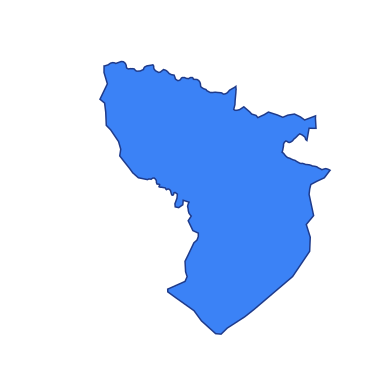 the district of Segou, Ségou, Mali, rotated 204°
{"feature_id": "8926073B86377774430631", "entity_name": "Segou", "entity_type": "district", "adm_level": 2, "iso_a3": "MLI", "parent_name": "Mali", "parent_adm1": "Ségou", "projection": "natural_earth1", "projection_center": [-5.995, 13.785], "detail": "fine", "context": "isolated", "style": "filled", "palette": "blue", "viewbox_px": 384, "rotation_deg": 204, "n_neighbors": 0, "source": "geoboundaries", "source_scale": "gbopen_adm2", "svg_char_len": 4177}
<svg xmlns="http://www.w3.org/2000/svg" viewBox="0 0 384 384"><g transform="rotate(204 192 192)"><path d="M65.6,198.8L74.4,208.8L71.3,219.9L84.1,237.5L85.7,242.7L86.5,247.2L82.2,252.7L76.9,258.8L74.8,267.7L74.7,268.0L75.7,268.1L76.2,268.1L77.5,268.1L77.8,268.0L79.3,267.8L80.6,266.8L81.5,266.0L82.1,265.5L82.5,265.2L84.1,265.4L84.4,265.4L85.6,265.4L86.2,265.4L87.4,265.6L88.2,265.8L89.4,265.6L91.1,265.2L92.0,264.9L92.5,264.7L94.0,264.8L96.1,264.5L97.6,264.0L97.8,264.0L98.5,263.7L99.1,263.5L99.6,263.3L100.4,263.4L101.0,263.3L102.0,263.2L103.0,263.0L103.7,262.5L104.6,262.3L105.2,262.1L105.8,262.2L106.3,262.3L107.2,262.3L107.7,262.4L108.3,262.4L109.6,262.6L110.8,262.8L112.7,262.5L114.3,262.5L115.2,262.5L115.9,262.6L116.4,262.6L118.6,262.3L120.5,262.8L122.3,263.6L123.5,264.3L124.4,264.7L125.9,265.0L126.0,266.3L127.1,271.1L127.9,273.1L127.8,275.1L127.4,275.9L127.0,276.8L125.6,276.9L124.5,276.6L123.4,276.7L122.2,277.7L121.0,279.6L120.4,281.9L119.5,283.6L118.8,285.4L118.2,287.1L117.2,289.0L114.3,288.9L112.4,288.4L111.2,288.1L110.5,287.4L109.5,286.2L108.0,285.8L111.0,297.9L107.8,299.2L104.6,300.6L109.1,309.3L110.1,311.8L118.4,303.6L123.5,304.7L130.1,304.9L135.7,301.2L139.4,297.2L145.4,297.1L154.7,296.1L157.5,292.0L159.8,289.4L162.1,286.7L164.6,288.0L169.2,287.5L171.7,288.6L179.3,290.9L182.0,286.6L184.2,284.9L186.0,284.1L187.5,284.4L188.3,289.2L189.8,293.1L192.3,300.5L193.1,302.5L193.4,303.6L194.0,304.6L194.7,305.9L194.9,306.3L195.1,305.9L196.3,304.0L197.0,303.2L197.9,301.9L199.1,300.3L200.0,297.3L200.7,296.1L201.6,295.2L201.8,295.0L203.1,294.2L205.2,294.6L205.6,294.5L206.7,294.2L209.2,293.3L211.4,292.6L214.1,291.0L214.3,291.0L215.8,290.3L219.7,290.6L220.9,291.3L223.5,291.1L225.5,291.4L226.9,291.8L228.5,294.5L229.7,295.7L231.3,296.6L233.2,296.8L234.8,296.2L235.6,295.9L236.2,295.6L236.9,295.8L237.2,296.3L237.6,296.5L238.2,296.7L240.0,295.9L240.8,294.8L241.2,294.2L243.3,293.5L245.0,293.5L245.5,293.5L246.7,292.9L247.4,292.6L248.0,291.8L248.3,289.9L248.8,289.1L249.1,288.8L249.4,288.5L249.6,288.4L250.2,288.0L250.5,288.0L252.5,288.3L253.0,288.6L253.4,288.7L253.5,288.9L254.0,289.6L255.9,291.5L258.3,290.9L259.0,290.8L259.5,290.9L261.0,290.9L262.4,291.6L264.3,292.3L264.8,292.4L265.9,292.5L267.2,292.3L267.8,292.3L268.8,290.4L269.5,289.1L269.7,288.7L269.9,288.4L270.2,288.3L271.3,287.6L271.6,287.7L273.3,287.8L274.2,287.9L274.5,287.9L274.9,288.0L276.9,289.1L277.6,290.1L278.2,291.4L279.1,292.2L279.8,292.1L280.1,291.8L281.1,291.1L284.5,288.9L286.1,286.9L286.4,285.2L286.3,284.8L286.1,284.2L286.5,283.8L287.5,282.7L288.2,281.8L288.7,281.4L289.0,281.2L289.3,281.1L290.2,280.6L290.3,280.5L291.8,279.9L292.0,279.9L292.3,279.9L293.6,280.3L294.3,280.6L294.7,280.9L296.3,280.6L296.7,280.3L297.2,280.1L298.1,279.8L298.3,279.7L298.7,279.5L299.3,279.1L300.2,278.5L301.0,278.6L302.1,278.7L302.8,279.5L303.6,280.9L304.9,282.1L306.0,282.7L307.7,283.1L308.7,282.8L309.8,282.4L313.0,279.3L313.3,279.0L314.0,278.4L314.9,278.5L315.6,278.4L315.8,278.3L317.0,278.0L318.8,276.6L320.4,274.0L322.9,271.8L323.0,271.7L323.6,271.4L321.0,265.4L313.3,256.4L313.8,239.3L308.0,237.7L303.2,229.7L297.4,218.0L291.6,215.7L279.6,208.2L274.5,202.1L272.7,195.6L268.1,193.1L258.7,188.2L253.9,185.4L246.8,183.2L237.7,185.2L236.8,186.3L235.5,186.8L234.5,187.0L234.3,187.5L233.5,188.7L232.2,189.4L231.1,189.1L230.3,188.5L229.6,188.3L229.1,187.7L228.3,186.1L227.1,185.0L226.1,185.4L225.2,185.7L224.7,185.7L224.4,185.4L224.4,183.7L224.3,183.4L223.2,183.4L221.6,184.0L219.5,184.5L218.4,184.8L217.8,184.7L217.4,184.4L216.9,183.9L216.3,183.7L215.8,184.4L215.0,185.1L214.0,185.2L212.4,184.7L210.0,181.8L209.3,181.1L208.5,181.1L207.9,181.7L207.9,183.0L208.1,184.1L207.3,184.7L204.5,184.1L203.2,180.2L202.8,174.3L201.3,171.6L197.8,172.3L195.2,176.6L196.7,180.9L190.6,181.5L190.6,179.9L190.5,178.6L190.2,177.1L188.7,175.1L187.7,173.3L186.1,171.4L184.0,170.2L182.9,169.7L183.8,164.2L175.5,157.1L169.5,157.0L168.1,153.8L167.9,150.1L169.6,146.4L169.9,133.3L170.2,125.9L165.4,116.5L162.0,112.7L162.0,107.5L174.7,93.4L173.5,90.9L163.2,88.7L141.9,84.4L130.9,78.1L112.8,72.2L107.6,74.0L104.4,82.1L93.1,99.4L87.8,109.5L65.7,155.7L60.4,185.7L65.6,198.8Z" fill="#3b82f6" stroke="#1e3a8a" stroke-width="1.5"/></g></svg>